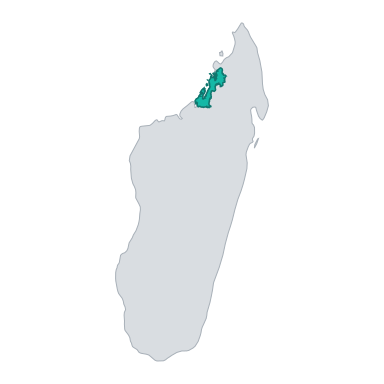 location of Analalava, Sofia, Madagascar
{"feature_id": "10022922B21608854890468", "entity_name": "Analalava", "entity_type": "district", "adm_level": 2, "iso_a3": "MDG", "parent_name": "Madagascar", "parent_adm1": "Sofia", "projection": "natural_earth1", "projection_center": [47.842, -14.668], "detail": "fine", "context": "in_parent", "style": "filled", "palette": "teal", "viewbox_px": 384, "rotation_deg": 0, "n_neighbors": 0, "source": "geoboundaries", "source_scale": "gbopen_adm2", "svg_char_len": 8460}
<svg xmlns="http://www.w3.org/2000/svg" viewBox="0 0 384 384"><path d="M248.4,31.8L249.4,34.5L250.5,37.0L254.1,43.0L255.6,45.4L256.9,47.8L257.6,52.8L259.8,60.5L261.9,72.0L262.5,83.9L263.2,89.3L264.8,94.5L267.6,99.8L268.4,105.7L266.7,111.8L264.3,117.5L263.7,118.6L262.5,120.1L262.0,120.0L260.1,118.5L258.5,116.1L256.5,110.4L255.8,107.5L255.0,107.0L252.7,107.3L251.0,109.1L250.6,110.2L251.0,113.4L251.6,116.3L251.9,119.3L252.0,123.0L252.6,124.1L253.5,125.0L254.5,127.5L254.6,133.2L254.0,136.1L252.4,138.7L252.5,140.0L253.1,141.5L252.5,142.3L250.3,143.4L249.4,144.4L248.2,146.9L246.3,152.1L246.0,154.8L247.2,162.8L246.9,168.6L244.4,179.5L243.0,184.7L241.0,191.0L237.9,199.2L234.9,209.5L232.3,220.0L230.4,226.4L228.3,232.7L225.3,243.8L222.9,255.0L219.2,267.4L214.1,281.2L213.5,283.0L212.5,290.1L211.3,296.2L210.0,302.3L207.1,312.3L206.8,315.4L206.2,318.4L203.4,324.7L202.3,327.0L201.5,329.5L201.0,332.7L200.2,335.7L198.2,341.3L195.2,346.1L193.2,347.9L188.8,350.4L186.6,350.9L181.7,351.0L176.9,352.4L172.0,355.2L167.2,358.4L165.4,359.9L163.4,360.8L157.0,361.0L155.1,360.3L148.8,355.0L146.3,354.2L141.7,353.4L140.3,353.0L139.0,352.3L137.1,349.6L133.4,347.3L132.5,346.5L131.9,344.9L131.5,343.2L130.5,341.3L129.8,337.6L128.5,335.0L125.1,330.5L124.7,329.1L124.4,324.3L124.5,321.0L124.1,315.1L124.4,312.3L125.6,309.7L125.1,307.0L123.8,304.1L123.3,301.2L122.3,298.5L118.7,293.6L117.8,291.2L117.2,288.7L115.8,281.0L115.6,278.3L115.7,272.6L116.2,269.7L117.1,267.6L117.3,266.1L117.8,264.8L118.7,263.7L119.3,262.5L120.6,255.2L122.3,253.6L124.8,252.7L126.8,250.8L128.0,248.2L129.1,242.9L132.3,237.7L133.4,234.9L136.0,230.7L138.2,224.9L138.9,222.1L139.4,219.3L139.9,213.1L140.4,210.0L140.3,206.9L138.9,203.8L135.8,198.0L135.7,197.0L135.9,192.7L135.6,189.7L134.4,186.6L132.9,183.7L131.4,178.3L130.7,169.4L130.8,166.2L130.4,163.4L129.3,160.6L130.0,155.9L139.3,138.6L139.6,136.6L139.2,131.4L139.4,128.3L139.7,127.2L140.5,126.5L142.1,126.2L149.7,125.4L150.6,124.9L152.5,123.4L155.1,120.6L156.3,119.8L157.4,120.1L158.0,121.3L158.9,122.0L161.9,120.7L163.1,120.7L164.3,120.9L164.9,119.7L165.2,118.1L165.7,117.0L166.5,116.4L170.4,116.1L173.0,115.6L176.2,114.5L176.9,114.7L179.6,118.7L180.4,119.0L181.4,119.2L182.3,118.5L180.1,116.4L179.8,115.2L179.9,113.9L181.1,111.1L183.0,108.9L187.2,105.6L191.6,101.8L192.9,101.5L194.0,102.1L194.9,106.6L194.8,107.4L195.5,107.5L196.3,106.9L197.0,105.1L197.0,103.6L196.5,102.1L196.2,100.9L196.1,99.8L198.4,97.1L200.1,94.6L201.0,91.6L201.7,90.2L203.5,88.6L204.1,88.9L204.5,90.2L204.7,91.5L204.3,92.8L203.6,94.2L203.3,95.9L204.4,96.3L205.3,95.8L206.8,92.6L208.4,89.6L209.4,88.0L210.7,87.0L212.7,87.2L214.7,87.9L211.5,84.7L210.7,80.3L214.5,72.7L214.6,71.1L215.1,70.7L215.4,70.0L213.4,67.5L213.0,66.2L213.3,64.3L214.2,62.6L215.1,61.4L216.3,60.9L217.3,61.6L219.5,63.7L220.9,64.0L222.7,62.0L224.2,59.5L226.3,57.8L228.8,56.7L232.5,52.7L235.0,44.4L235.2,42.0L234.6,39.1L233.8,36.3L232.3,32.8L232.7,32.0L234.8,32.5L235.4,32.0L237.7,28.9L241.3,23.0L242.6,23.1L243.6,24.1L244.0,25.8L244.7,27.0L247.2,29.8L248.4,31.8ZM222.8,55.1L222.8,56.0L220.0,55.7L219.6,52.5L221.0,52.4L221.3,51.2L222.1,51.0L223.0,53.8L222.8,55.1ZM256.7,143.7L254.3,148.2L254.9,144.4L257.7,138.9L258.5,138.5L256.7,143.7Z" fill="#d9dde1" stroke="#a8b0b8" stroke-width="1"/><path d="M210.9,106.2L210.4,106.0L209.7,105.3L209.2,105.1L209.0,104.1L208.8,103.8L209.1,103.2L209.0,102.5L209.2,102.2L209.2,101.4L209.3,101.2L209.6,101.0L209.4,100.4L209.4,99.8L209.8,99.4L209.8,99.1L210.1,99.1L210.1,98.9L210.0,98.5L210.1,98.1L210.8,97.7L211.1,97.9L211.3,96.5L211.0,96.1L211.1,95.1L211.0,94.3L210.6,94.1L210.5,93.8L210.5,93.6L210.8,93.3L211.1,92.7L211.3,91.2L211.7,90.9L212.5,90.7L212.9,91.1L213.4,91.0L214.2,91.3L214.3,91.1L214.9,90.8L215.3,90.5L215.5,89.9L215.6,89.5L215.3,88.4L215.3,87.7L215.1,87.1L215.1,86.5L215.4,86.3L215.4,86.0L215.7,85.7L215.8,85.5L215.5,85.1L215.6,84.8L216.1,84.5L216.3,84.1L216.5,84.2L216.7,84.7L217.0,84.9L217.5,84.4L217.4,84.0L217.4,83.8L217.7,83.9L218.0,83.6L218.2,84.1L218.7,84.0L218.8,83.8L218.9,84.3L219.4,84.3L219.5,84.2L219.2,84.0L219.2,83.8L219.9,84.1L220.3,85.2L220.3,86.6L221.0,86.6L221.3,86.4L221.4,86.0L221.6,86.0L222.1,85.7L222.4,85.8L222.8,85.4L222.9,84.2L222.8,83.0L223.0,82.6L223.5,82.3L224.7,82.2L224.9,81.9L224.9,81.4L224.8,80.8L224.3,80.5L224.5,80.1L224.8,79.1L224.4,78.8L224.3,78.4L224.1,78.3L224.0,78.1L224.7,78.0L225.0,77.8L225.7,76.4L225.7,75.8L225.9,75.8L225.4,75.2L224.8,75.1L223.6,75.2L223.3,73.9L223.2,73.8L223.1,74.0L222.8,74.1L222.3,73.6L222.2,73.2L222.1,72.1L222.2,70.8L222.4,70.6L222.4,70.3L222.3,69.4L222.2,69.0L221.0,68.0L220.5,67.9L219.6,68.4L219.2,68.8L218.3,69.6L217.8,69.9L217.6,70.3L217.5,70.1L217.1,70.2L217.0,70.3L217.0,70.6L217.4,71.0L217.0,71.0L217.1,71.4L216.1,71.8L216.2,72.4L215.8,72.9L215.8,73.6L216.3,73.5L216.5,73.7L216.5,73.9L216.3,74.3L216.5,74.5L216.3,74.5L216.4,75.2L216.5,75.5L216.8,75.4L216.8,75.6L216.2,75.5L216.3,75.8L216.1,76.2L216.3,75.9L215.9,75.7L215.8,75.9L215.8,76.3L216.0,76.2L216.0,76.5L216.0,76.2L215.7,76.3L215.6,76.1L215.6,76.5L215.8,76.5L216.0,76.8L215.8,77.1L215.9,77.3L216.4,77.7L216.2,77.6L216.2,77.8L215.7,78.1L216.1,78.2L216.2,78.3L216.2,78.5L216.1,78.2L216.1,78.3L215.5,78.2L215.7,78.8L216.0,78.9L215.8,79.0L215.6,78.8L215.4,78.7L215.6,78.6L215.3,78.1L215.2,78.7L215.6,79.4L215.4,79.4L215.3,79.5L215.5,79.6L215.3,79.6L215.2,80.0L215.4,80.1L215.2,80.0L215.6,80.5L215.7,80.8L215.3,80.3L215.0,80.4L215.4,81.2L215.2,80.7L214.9,80.2L215.1,80.0L215.1,79.4L214.8,79.2L214.5,78.6L214.7,78.1L214.8,77.9L214.6,77.8L214.9,77.6L215.0,76.4L215.3,75.4L215.6,75.2L215.4,74.3L214.7,74.2L214.5,74.3L214.6,74.6L214.3,74.2L214.5,74.2L214.4,74.1L214.6,74.2L214.1,73.5L213.5,73.2L213.1,73.4L213.3,73.6L213.6,73.4L213.4,74.0L213.9,74.4L214.1,74.9L214.4,75.2L214.1,76.7L214.1,77.1L213.8,77.5L213.5,77.4L213.4,77.0L212.9,77.6L212.2,77.5L211.4,76.6L211.2,76.5L211.1,77.0L210.7,76.9L210.6,77.3L210.7,78.5L209.4,79.7L209.0,81.2L208.9,82.1L209.0,82.3L209.1,82.6L209.3,82.8L209.1,83.1L209.4,83.3L209.8,84.2L209.7,84.1L209.7,84.5L209.4,84.9L209.4,85.3L209.7,85.5L209.7,86.1L210.1,86.7L210.0,87.0L209.8,87.2L209.7,87.8L209.5,88.2L209.3,88.5L208.9,88.5L208.7,89.0L208.8,89.1L208.6,89.6L208.1,90.1L207.6,90.9L207.8,91.4L207.5,91.9L207.2,92.1L207.2,92.5L206.7,93.3L206.4,94.3L205.9,94.9L206.2,95.5L205.9,95.9L205.8,96.4L205.3,96.7L205.8,96.3L205.8,95.7L205.3,96.0L204.8,96.8L204.7,97.3L204.5,98.0L204.7,97.9L204.8,98.0L204.7,98.0L203.9,98.6L203.7,98.6L203.8,98.7L203.5,99.0L203.3,99.4L203.4,98.9L203.1,99.0L202.8,98.9L202.6,98.7L202.8,97.4L203.0,96.9L202.7,95.6L204.4,93.1L205.1,91.5L205.1,91.2L204.9,91.4L204.6,91.3L204.8,90.9L204.4,90.2L204.5,89.8L204.3,89.9L204.2,89.6L204.4,89.8L204.9,89.0L204.6,89.0L204.3,88.6L204.1,88.3L204.1,87.9L203.1,88.7L203.3,88.9L203.3,89.1L203.0,88.8L203.1,88.7L201.7,90.1L200.2,92.6L200.3,92.7L200.4,93.1L200.6,93.3L201.0,93.1L201.3,93.3L201.4,93.1L201.4,92.7L201.7,92.4L202.0,92.7L202.4,92.7L202.4,92.9L202.2,93.0L202.2,93.3L201.9,93.6L202.2,93.6L202.0,93.8L201.9,93.9L201.6,94.0L201.4,93.7L201.3,93.8L201.3,94.1L201.2,94.4L201.2,94.1L200.9,94.0L200.6,94.3L200.2,94.4L199.7,95.0L199.8,95.2L199.6,95.5L199.8,95.6L199.5,95.6L199.3,95.8L200.0,96.2L199.7,96.2L199.3,96.0L199.2,95.7L198.6,96.1L198.8,96.0L198.8,96.6L198.4,97.4L198.8,97.8L198.5,97.7L198.3,97.6L197.1,98.6L196.4,98.7L195.1,100.7L195.1,101.9L195.6,102.2L195.6,102.9L196.1,102.9L196.4,102.6L196.4,102.9L196.3,103.0L196.2,103.1L196.1,103.4L196.2,103.5L196.0,103.8L196.6,103.8L197.3,103.3L197.2,105.1L197.7,105.9L197.9,106.6L198.2,106.8L198.8,106.7L199.3,106.3L199.9,106.4L200.2,106.4L200.5,106.8L200.9,106.8L201.6,107.1L202.3,107.2L202.9,106.9L203.7,107.4L204.5,107.0L205.7,106.8L206.2,107.1L206.6,106.5L206.8,106.3L207.4,107.0L207.5,107.5L207.8,107.6L208.3,107.3L208.6,107.4L208.7,107.2L209.0,107.4L209.1,107.1L209.4,107.3L209.7,106.9L210.7,106.8L210.9,106.4L210.9,106.2ZM207.0,84.5L207.1,83.9L206.9,83.7L206.5,84.1L206.7,84.7L206.3,84.9L206.5,85.6L207.0,85.3L207.1,85.5L207.3,85.5L207.6,85.2L207.6,84.7L207.3,84.8L207.2,84.5L207.0,84.5ZM211.4,74.8L211.1,74.6L211.3,74.9L211.2,75.3L211.6,75.6L211.8,75.6L211.9,75.4L211.4,74.8ZM210.4,73.9L210.3,73.7L210.1,73.8L209.8,73.8L209.9,74.0L210.1,74.1L210.4,73.9ZM215.7,77.1L215.9,76.9L216.0,76.9L215.7,76.8L215.6,77.0L215.7,77.1ZM207.8,80.1L208.1,79.9L207.7,80.0L207.8,80.1ZM215.6,76.8L215.6,76.7L215.6,76.8ZM216.4,75.5L216.4,75.4L216.2,75.3L216.4,75.5ZM215.9,76.8L215.8,76.6L215.7,76.6L215.9,76.8ZM216.2,77.8L216.2,77.7L216.0,77.8L216.2,77.8Z" fill="#14b8a6" stroke="#0f766e" stroke-width="1.5"/></svg>